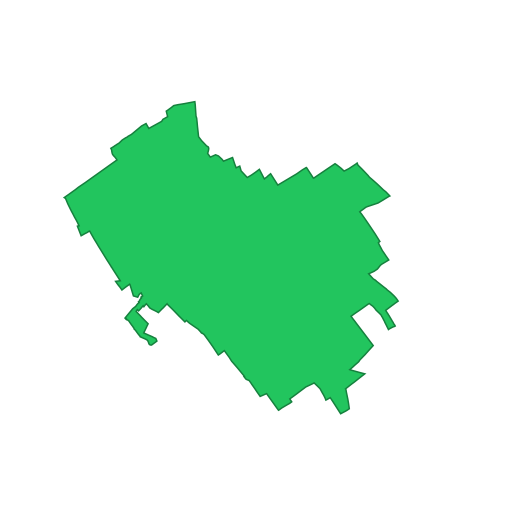 the district of Buctzotz, Yucatán, Mexico, rotated 229°
{"feature_id": "50627088B3254023966858", "entity_name": "Buctzotz", "entity_type": "district", "adm_level": 2, "iso_a3": "MEX", "parent_name": "Mexico", "parent_adm1": "Yucatán", "projection": "robinson", "projection_center": [-88.667, 21.212], "detail": "fine", "context": "isolated", "style": "filled", "palette": "green", "viewbox_px": 512, "rotation_deg": 229, "n_neighbors": 0, "source": "geoboundaries", "source_scale": "gbopen_adm2", "svg_char_len": 6033}
<svg xmlns="http://www.w3.org/2000/svg" viewBox="0 0 512 512"><g transform="rotate(229 256 256)"><path d="M425.9,149.6L425.2,149.8L424.3,150.0L418.9,148.2L414.4,147.0L410.9,146.1L408.2,145.5L404.2,144.5L403.1,144.3L401.1,143.9L399.0,143.4L394.9,142.3L395.5,141.3L395.7,140.8L386.0,137.3L385.5,139.7L385.1,141.7L384.6,143.5L384.3,145.3L384.2,146.3L384.1,146.6L383.9,146.8L381.1,146.2L375.2,145.0L369.2,144.0L366.1,143.4L364.6,143.2L364.0,143.1L351.4,141.0L350.1,140.8L344.5,140.0L344.2,139.9L343.0,139.8L342.8,139.6L342.4,139.7L340.7,139.4L326.4,137.3L329.0,133.4L326.2,133.1L323.9,132.9L322.2,132.9L318.3,132.5L318.1,136.6L317.6,142.2L317.0,142.1L316.1,141.7L306.3,137.3L302.5,139.7L303.7,142.7L303.5,145.1L300.2,144.2L300.4,142.2L299.5,142.1L299.4,141.7L299.4,140.8L299.3,140.0L298.6,138.7L298.6,137.3L298.2,137.2L297.6,137.3L297.5,136.9L297.6,135.5L297.2,133.3L296.9,132.1L297.0,130.7L297.1,128.3L295.1,116.4L293.3,116.4L293.0,116.5L293.2,116.9L292.7,116.8L291.6,117.2L289.9,117.4L289.0,117.2L286.0,116.9L284.3,116.8L281.5,116.5L280.8,116.1L279.3,116.3L277.0,116.1L274.7,115.9L272.0,115.8L271.3,115.8L271.0,115.6L266.8,117.6L265.7,118.1L265.2,118.3L264.3,118.6L263.8,118.7L263.1,118.7L262.0,118.4L261.4,118.2L261.0,118.0L259.9,117.6L259.3,117.5L258.5,117.7L257.9,118.1L257.3,118.8L256.9,123.8L256.8,125.4L259.2,126.2L259.6,126.3L261.2,125.5L263.1,124.8L265.2,123.8L266.4,123.2L271.6,120.8L273.7,125.7L274.7,127.9L275.6,130.1L278.9,129.9L281.7,129.7L282.3,129.7L285.2,129.5L286.5,129.5L289.5,129.3L292.6,129.2L292.9,129.2L293.4,131.3L291.6,131.4L292.0,135.0L292.5,138.2L291.3,138.1L291.7,140.1L291.9,141.9L290.1,141.9L289.9,142.0L287.1,141.8L286.3,141.8L283.9,142.6L281.6,143.6L279.2,144.6L277.3,145.2L277.7,150.3L277.7,151.5L277.9,153.6L278.3,157.5L277.9,157.4L270.5,158.0L269.0,158.1L260.8,158.5L259.8,158.6L252.9,159.1L253.0,161.2L249.6,161.6L248.2,161.9L241.9,163.5L238.9,164.3L235.9,164.4L234.9,164.4L233.6,164.3L233.2,164.7L230.8,165.3L223.5,164.7L219.6,164.3L215.0,163.8L206.0,162.6L205.7,164.8L205.4,170.0L201.7,169.7L197.0,169.3L193.3,168.7L192.5,168.6L188.1,168.6L183.9,168.6L172.8,168.3L172.9,167.8L171.0,167.7L169.9,167.6L168.7,168.0L166.6,169.1L166.2,169.1L163.9,168.9L161.7,168.6L156.7,168.1L152.9,167.6L148.0,167.1L147.3,167.0L145.2,173.7L127.5,172.0L124.8,171.8L124.7,172.2L124.4,175.8L123.5,180.7L123.1,182.8L122.7,184.6L122.5,187.3L126.0,187.7L125.6,192.1L125.3,195.9L124.9,201.8L124.7,204.4L124.5,207.6L122.3,215.5L122.1,216.6L117.9,217.0L113.9,217.3L108.9,216.2L106.7,215.8L103.6,215.0L101.4,214.2L100.9,216.4L100.4,219.1L95.8,218.5L90.3,217.7L81.4,216.4L80.7,219.5L80.3,221.1L79.9,223.0L79.5,226.2L84.0,229.1L87.6,231.3L93.8,234.8L96.3,236.3L97.0,236.4L96.6,244.5L96.4,246.6L96.3,248.6L96.1,253.2L95.7,260.8L99.8,258.0L107.8,252.7L108.7,252.2L108.7,256.3L108.8,259.2L108.8,259.8L108.8,264.0L109.0,264.9L109.4,266.2L110.1,274.4L110.2,274.8L110.9,280.5L111.5,285.7L126.0,286.7L130.6,287.0L139.8,287.6L142.3,287.8L144.6,287.9L148.2,288.2L147.7,293.5L147.1,298.5L146.6,303.6L146.0,309.8L145.7,310.4L144.5,310.5L141.6,311.2L139.6,311.3L138.8,311.3L138.4,311.3L136.7,311.1L134.1,311.3L132.2,311.5L131.6,311.5L130.6,311.6L130.0,311.7L129.3,311.6L128.7,311.5L128.0,311.3L127.3,311.2L126.9,311.2L125.8,310.9L125.3,310.8L125.0,310.7L124.4,310.5L123.3,310.3L122.8,310.2L121.9,309.9L121.3,309.7L118.5,309.0L118.1,308.9L117.6,308.8L117.4,308.7L117.0,308.6L116.2,308.4L115.0,308.1L114.5,308.0L113.6,307.7L113.5,308.7L113.3,309.9L113.1,310.6L112.8,312.0L112.6,312.6L112.5,313.1L112.3,313.5L112.0,314.2L111.8,315.1L112.1,315.2L113.0,315.4L114.4,315.5L114.9,315.6L115.6,315.8L116.4,316.0L116.9,316.0L117.4,316.1L117.9,316.2L118.3,316.3L119.4,316.5L119.9,316.6L122.2,317.0L123.1,317.2L124.7,317.4L125.7,317.6L126.3,317.7L126.9,317.7L127.8,317.9L128.8,318.0L129.9,318.2L129.9,318.7L129.8,319.7L129.7,321.6L129.4,325.7L129.4,326.4L129.2,327.8L129.1,330.0L129.0,330.8L128.7,333.7L131.3,334.0L132.8,334.1L135.7,334.0L136.8,333.9L137.7,333.8L139.0,333.7L140.7,333.5L144.1,332.8L145.9,332.7L149.2,332.0L153.7,331.2L157.7,330.4L159.3,330.3L161.7,329.5L164.9,329.4L168.7,329.4L168.0,331.5L167.0,335.0L166.5,338.9L166.6,339.7L167.4,343.8L167.3,345.6L165.9,353.6L171.4,354.2L174.3,354.6L176.4,354.8L177.2,354.9L180.1,355.6L183.7,356.4L185.8,357.1L185.7,359.0L194.5,360.4L203.1,361.5L208.1,362.1L212.5,362.6L218.4,363.2L221.3,363.3L220.7,371.0L220.2,372.5L215.9,382.9L213.7,395.8L213.5,396.4L219.3,396.1L222.4,395.5L227.0,395.1L231.0,394.7L237.1,393.9L240.4,393.4L241.3,393.3L243.3,393.4L250.3,393.1L252.3,393.0L256.0,392.7L257.8,392.6L259.8,393.3L259.9,391.6L261.0,383.4L262.3,378.2L266.2,377.8L271.5,376.8L273.8,376.2L275.0,366.7L275.5,362.4L276.4,355.1L276.9,350.7L277.1,350.4L289.3,352.1L289.8,352.0L290.6,347.4L291.3,340.6L295.2,319.0L308.5,321.0L308.6,317.8L308.5,316.1L308.6,314.9L308.7,312.9L311.8,313.6L319.2,315.4L319.6,310.1L320.1,305.5L321.0,300.9L330.0,300.6L334.5,302.7L335.6,298.9L339.5,300.3L342.8,301.7L345.7,302.9L346.7,300.1L348.9,293.7L351.4,293.8L356.1,293.3L358.9,291.9L360.6,286.4L365.1,286.8L366.8,289.3L367.6,290.3L368.2,290.9L368.7,291.2L369.5,291.5L369.8,291.5L371.6,290.9L372.1,290.8L372.4,290.9L378.7,290.6L383.6,290.9L384.1,291.2L392.0,296.7L395.6,299.3L399.0,301.7L400.3,302.2L401.1,302.6L402.0,303.3L404.0,304.8L409.8,309.2L412.6,311.1L418.2,301.5L419.7,299.1L421.4,296.4L421.5,296.2L423.4,292.8L423.5,292.5L423.6,289.6L424.0,284.9L424.2,283.3L419.1,280.7L420.2,275.4L419.5,273.1L422.6,258.8L428.1,259.9L429.2,255.0L429.5,241.6L430.0,239.3L430.3,237.8L430.2,237.4L430.3,236.8L430.6,235.6L430.8,234.7L431.0,233.3L431.1,232.6L431.2,231.8L431.3,231.2L431.2,229.2L431.1,227.9L431.1,226.8L431.0,226.4L431.2,225.9L431.3,225.2L431.5,224.2L431.6,223.0L431.8,222.0L431.9,220.7L432.2,218.8L432.4,217.5L432.5,217.1L431.6,216.9L430.6,216.5L429.7,215.9L429.4,215.7L428.7,215.3L428.1,215.0L427.8,214.8L426.7,214.4L424.7,214.3L423.7,214.4L423.3,214.4L421.3,214.3L421.1,214.3L420.5,214.2L419.7,214.1L422.8,181.9L423.4,175.4L424.4,167.1L424.6,162.9L425.9,149.6Z" fill="#22c55e" stroke="#15803d" stroke-width="1.5"/></g></svg>